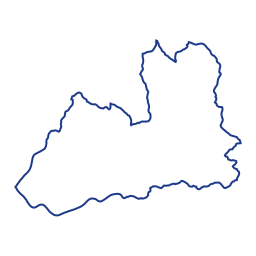 Formiga, Minas Gerais, Brazil (Albers equal-area conic projection)
{"feature_id": "56859067B14486688902799", "entity_name": "Formiga", "entity_type": "district", "adm_level": 2, "iso_a3": "BRA", "parent_name": "Brazil", "parent_adm1": "Minas Gerais", "projection": "albers", "projection_center": [-45.505, -20.525], "detail": "fine", "context": "isolated", "style": "outline", "palette": "blue", "viewbox_px": 256, "rotation_deg": 0, "n_neighbors": 0, "source": "geoboundaries", "source_scale": "gbopen_adm2", "svg_char_len": 5840}
<svg xmlns="http://www.w3.org/2000/svg" viewBox="0 0 256 256"><path d="M140.2,74.2L141.3,75.8L142.2,77.5L142.6,79.3L143.3,81.3L144.2,82.7L145.3,83.6L145.8,84.8L146.4,87.8L146.8,89.3L147.4,90.4L148.2,91.3L148.1,92.7L147.6,94.5L147.3,96.4L147.1,98.3L147.6,99.5L147.9,100.8L147.9,102.3L148.5,103.8L148.9,105.6L149.1,107.7L148.6,109.0L148.4,110.7L149.0,112.4L150.2,113.7L150.5,115.1L150.5,116.9L150.4,118.4L149.6,119.9L148.4,121.2L146.6,121.5L144.7,121.6L143.1,121.5L141.5,121.6L140.3,122.3L139.2,123.0L138.0,122.7L136.9,123.3L135.9,123.8L134.6,124.1L133.0,124.2L131.2,125.2L130.8,124.0L131.3,121.7L131.1,120.0L130.7,118.6L130.0,117.2L129.3,115.8L127.9,115.2L127.1,114.2L125.9,113.1L124.6,112.2L123.5,110.9L122.2,109.8L120.8,108.3L118.8,107.5L116.9,106.7L115.2,105.3L114.0,104.6L111.8,104.3L110.6,103.6L110.4,105.5L110.5,107.2L110.1,108.6L109.2,109.4L108.0,108.5L106.5,107.0L104.7,107.4L103.2,108.5L101.7,108.3L99.4,107.6L97.9,106.3L96.7,105.1L95.4,104.3L93.9,104.4L92.6,104.3L91.1,103.9L89.4,102.9L88.2,102.0L86.9,101.6L86.5,99.6L84.0,98.2L82.9,97.0L81.9,95.5L81.5,93.8L80.3,92.9L79.0,92.5L77.9,92.9L76.9,93.4L75.8,94.2L74.4,95.7L72.3,96.3L71.7,98.0L71.3,99.3L72.7,99.9L72.8,101.9L72.8,103.4L72.4,104.9L70.9,106.4L69.6,108.0L68.9,109.3L68.2,110.2L67.3,110.9L66.2,111.2L65.3,112.1L64.9,114.6L64.7,116.1L63.5,117.5L62.3,118.7L61.1,120.4L61.2,122.3L60.8,124.5L61.3,126.5L59.8,130.7L58.8,131.7L56.2,130.5L54.5,130.4L53.5,130.9L52.2,130.8L51.0,131.2L49.9,132.5L49.0,133.5L48.5,134.8L48.2,136.2L48.0,137.8L47.1,138.9L46.4,140.4L46.4,143.9L46.0,145.7L45.6,147.1L44.5,148.9L40.6,151.3L38.0,152.6L36.5,153.4L35.0,154.1L33.7,155.5L32.9,157.0L32.5,158.5L32.2,160.3L31.9,161.8L31.6,163.3L31.2,165.3L30.6,167.2L30.0,168.7L29.3,170.2L28.1,171.7L27.0,172.9L25.8,174.1L24.6,175.1L23.8,176.1L22.8,177.4L21.8,178.6L20.5,180.0L19.4,181.5L17.4,184.2L16.5,185.6L15.4,187.0L16.3,188.2L17.2,190.0L18.3,191.4L19.2,192.3L20.4,193.7L23.2,196.1L24.5,197.7L26.2,199.8L26.9,201.1L27.5,202.1L28.4,203.4L29.2,204.5L30.1,205.6L31.3,206.7L32.9,207.5L34.6,207.6L35.8,207.1L37.1,206.4L38.3,205.6L39.7,204.9L40.8,204.6L41.9,204.6L43.4,204.9L44.9,206.0L45.9,207.1L47.0,208.4L48.4,210.2L49.9,211.9L51.1,212.9L54.2,215.0L55.6,215.3L57.8,215.4L59.0,215.1L62.2,213.7L63.7,213.0L67.2,211.8L68.7,211.1L70.5,210.6L72.3,210.1L73.6,209.6L75.1,209.1L76.7,208.4L78.6,207.6L80.2,206.9L81.3,206.3L82.2,205.7L83.2,205.0L84.4,204.0L86.3,202.0L87.7,200.6L89.2,199.4L90.4,198.8L91.5,198.5L93.5,198.6L95.5,199.0L97.0,200.1L98.4,201.1L100.2,201.5L101.6,201.2L103.9,199.8L105.2,199.0L106.3,198.2L107.3,197.4L108.6,196.5L110.0,195.6L111.6,194.8L113.5,194.3L117.0,193.8L118.8,194.0L120.3,194.4L121.2,195.2L122.0,196.5L123.0,197.7L124.3,198.2L125.7,197.7L126.7,196.8L127.9,196.9L129.3,196.3L130.7,195.9L132.3,196.1L134.2,196.5L135.3,197.3L136.7,197.9L138.0,198.6L139.4,198.8L141.0,198.1L142.2,198.6L143.7,198.4L145.3,197.9L147.0,196.9L148.2,195.2L148.1,193.4L148.7,192.1L150.2,191.4L150.5,190.0L150.2,188.1L151.4,187.4L153.0,186.4L154.5,186.3L155.7,186.3L157.5,186.8L159.4,187.7L161.3,188.1L162.7,186.9L163.8,185.6L165.5,185.7L167.2,185.6L169.0,185.4L170.5,184.6L171.7,184.2L172.8,184.0L174.1,183.6L175.3,184.2L176.7,183.7L178.1,183.4L179.4,182.8L181.5,180.9L182.9,181.1L184.1,181.7L185.4,182.4L186.9,183.4L187.9,184.3L188.6,185.4L189.6,186.4L190.9,186.6L192.2,186.6L193.4,185.7L194.9,186.5L196.2,186.6L196.5,187.8L197.6,188.9L199.1,189.3L200.4,188.7L201.4,187.6L202.7,187.1L203.7,186.4L205.9,186.6L207.8,186.3L209.1,185.6L210.0,184.7L211.1,184.0L213.0,183.7L214.6,182.8L216.1,182.6L217.9,182.6L219.3,182.7L220.3,183.5L221.2,184.3L222.1,185.5L223.1,186.6L223.9,187.7L225.0,188.1L226.4,187.6L227.8,186.9L229.1,186.3L230.3,185.3L231.2,183.3L232.6,181.7L234.1,181.3L234.9,180.4L236.9,180.0L236.9,178.7L237.6,177.2L238.7,175.4L239.2,173.8L239.0,171.9L237.8,170.9L236.8,169.1L234.8,168.5L233.6,167.5L232.8,166.5L233.5,165.5L234.6,164.8L235.5,163.9L236.5,162.4L236.1,161.0L234.6,160.6L233.1,160.1L231.7,160.5L230.3,160.2L229.3,159.7L228.2,159.4L227.8,157.8L227.2,156.7L225.7,156.5L224.9,155.5L225.6,154.2L228.1,151.8L229.3,150.0L230.9,149.3L232.4,149.3L233.1,148.1L234.3,146.7L235.8,145.6L236.2,143.9L237.3,143.4L239.0,143.4L240.6,143.2L240.3,141.7L239.7,140.1L238.6,139.3L237.7,138.5L236.8,137.1L231.0,135.4L229.7,134.6L228.6,133.5L226.5,132.0L225.4,131.0L224.3,130.0L223.3,129.3L222.3,128.3L221.2,127.1L220.6,125.5L221.1,124.1L221.9,122.4L222.7,120.8L222.7,118.7L222.1,117.7L221.7,115.8L221.4,114.0L221.7,112.4L222.4,110.4L222.5,108.7L222.1,107.1L221.0,107.1L219.7,107.0L218.4,106.6L216.8,105.3L216.4,103.5L214.9,102.5L215.6,101.1L216.3,99.6L216.3,98.0L215.5,96.9L216.0,95.5L215.6,94.1L215.0,93.0L214.2,92.2L213.9,90.8L214.3,89.4L215.2,87.7L216.1,86.4L217.1,84.8L217.6,83.0L217.6,81.5L218.0,79.8L218.5,78.2L219.2,76.8L220.1,75.7L220.7,74.5L220.6,73.3L219.6,72.8L219.3,71.4L219.5,69.9L219.8,68.1L220.3,66.7L220.2,65.1L219.7,64.1L218.8,63.2L217.3,62.2L216.8,60.7L216.7,59.0L215.4,57.2L214.2,55.8L213.1,55.5L212.0,54.7L211.0,53.4L210.3,51.2L209.3,49.9L208.0,48.8L206.7,47.3L205.6,45.9L204.6,45.0L203.7,44.2L202.3,43.6L200.6,43.6L197.7,44.2L196.3,44.7L193.9,44.1L191.2,42.8L190.1,42.5L188.8,42.1L188.3,43.9L186.8,44.9L187.5,46.6L186.6,47.7L184.2,49.3L183.1,49.6L182.2,50.2L181.1,51.2L177.4,52.1L176.2,52.9L175.6,54.4L175.3,56.1L175.2,57.7L175.2,59.3L176.0,60.5L175.6,61.9L174.0,61.1L172.6,59.9L171.6,59.3L170.6,58.8L169.4,57.8L168.2,56.4L167.0,55.7L165.0,54.5L164.7,53.1L163.8,52.1L162.6,51.4L161.8,50.5L161.4,49.1L160.5,47.9L159.3,46.5L158.8,44.8L158.4,43.4L157.6,42.3L157.3,41.0L156.2,40.6L156.2,43.6L156.2,45.1L155.3,46.4L154.6,47.7L154.0,48.8L153.2,49.7L152.3,50.9L150.8,51.5L149.0,51.7L146.5,52.3L144.4,53.5L142.7,53.7L142.6,56.9L143.2,59.2L143.2,62.0L142.8,63.6L142.2,65.0L142.2,66.5L142.6,67.7L143.0,69.1L142.5,70.3L141.6,71.3L140.9,72.6L140.2,74.2Z" fill="none" stroke="#1e3a8a" stroke-width="2"/></svg>